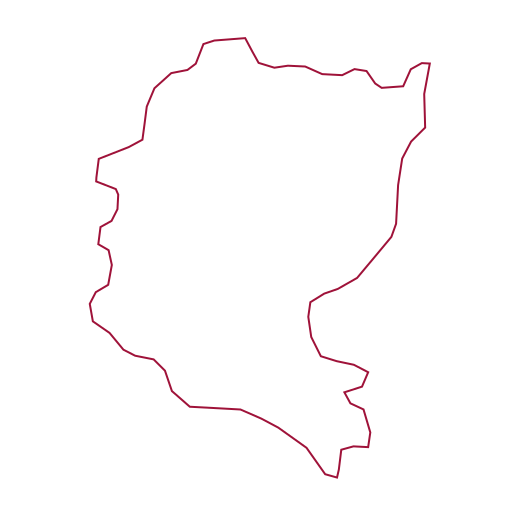 Boeun-gun, North Chungcheong, South Korea, rotated 273°
{"feature_id": "91817680B36624004409046", "entity_name": "Boeun-gun", "entity_type": "district", "adm_level": 2, "iso_a3": "KOR", "parent_name": "South Korea", "parent_adm1": "North Chungcheong", "projection": "orthographic", "projection_center": [127.726, 36.48], "detail": "fine", "context": "isolated", "style": "outline", "palette": "rose", "viewbox_px": 512, "rotation_deg": 273, "n_neighbors": 0, "source": "geoboundaries", "source_scale": "gbopen_adm2", "svg_char_len": 1154}
<svg xmlns="http://www.w3.org/2000/svg" viewBox="0 0 512 512"><g transform="rotate(273 256 256)"><path d="M322.1,92.5L315.5,112.5L310.1,115.2L295.5,115.2L283.5,109.9L276.8,99.2L259.5,97.9L254.1,108.5L239.5,112.5L219.5,109.9L211.5,97.9L199.5,92.5L182.2,96.5L171.5,113.8L155.5,128.5L150.1,140.5L147.4,159.2L136.7,171.1L116.7,179.1L102.0,197.8L102.0,215.1L101.9,248.5L93.9,269.8L85.8,287.2L67.1,316.5L41.7,336.5L39.0,348.5L47.0,349.9L67.0,351.3L71.0,363.3L71.0,378.0L85.0,379.3L85.7,379.4L108.4,371.4L113.8,358.0L124.5,351.4L131.1,368.7L145.8,374.1L152.5,359.4L155.2,342.1L159.3,326.0L178.0,315.4L198.0,311.4L212.7,312.7L222.0,326.1L227.4,339.4L239.4,358.1L260.8,374.2L282.2,390.2L295.5,394.2L334.3,394.2L361.0,396.9L378.4,404.9L393.1,418.2L426.6,415.5L457.3,419.5L457.3,411.5L450.6,400.8L433.2,394.1L430.5,372.7L434.5,366.0L446.5,356.7L447.8,344.6L441.1,332.6L441.1,312.6L447.8,295.2L447.7,277.9L445.0,264.5L449.0,248.5L459.7,241.8L473.0,233.8L469.0,203.1L464.9,192.4L444.9,185.8L438.2,177.8L434.2,161.8L418.2,145.8L399.5,139.1L382.2,137.8L366.2,136.5L358.1,123.2L344.8,93.9L326.1,92.5L322.1,92.5Z" fill="none" stroke="#9f1239" stroke-width="2"/></g></svg>